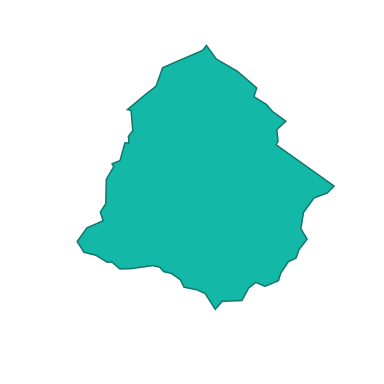 the district of Washington, Georgia, United States of America, rotated 238°
{"feature_id": "52423323B31075170067168", "entity_name": "Washington", "entity_type": "district", "adm_level": 2, "iso_a3": "USA", "parent_name": "United States of America", "parent_adm1": "Georgia", "projection": "mercator", "projection_center": [-82.811, 32.997], "detail": "fine", "context": "isolated", "style": "filled", "palette": "teal", "viewbox_px": 384, "rotation_deg": 238, "n_neighbors": 0, "source": "geoboundaries", "source_scale": "gbopen_adm2", "svg_char_len": 906}
<svg xmlns="http://www.w3.org/2000/svg" viewBox="0 0 384 384"><g transform="rotate(238 192 192)"><path d="M248.1,126.0L227.9,112.8L223.5,103.6L214.7,101.3L217.3,84.0L210.9,68.4L198.1,68.4L189.2,77.0L177.5,82.8L174.9,87.1L165.0,90.0L159.5,99.3L150.4,119.7L145.2,124.9L139.4,125.8L134.2,131.2L123.9,135.6L115.5,134.8L106.5,144.3L98.9,149.4L80.2,149.5L83.3,159.7L73.5,176.8L80.6,189.3L81.5,198.2L73.3,204.0L71.0,218.3L76.2,224.3L81.9,237.0L80.8,245.2L86.6,252.5L91.0,264.6L103.3,264.9L115.6,275.8L122.3,292.4L119.5,306.3L121.8,315.6L125.4,314.1L187.6,288.3L189.4,291.9L200.0,297.0L202.3,309.1L217.6,302.9L226.8,301.5L240.0,295.0L245.9,302.0L270.5,294.4L291.7,283.1L308.7,281.9L306.5,276.1L313.0,233.0L300.8,217.6L299.2,203.0L296.1,180.9L293.6,183.6L275.5,174.4L272.8,167.5L267.0,164.6L269.2,161.2L256.8,147.6L258.3,139.2L255.0,139.0L248.1,126.0Z" fill="#14b8a6" stroke="#0f766e" stroke-width="1.5"/></g></svg>